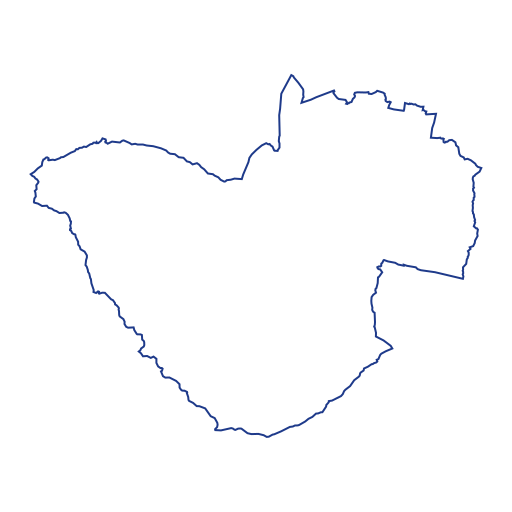 Buda, Buzau, Romania (Natural Earth projection)
{"feature_id": "2599482B42882340443121", "entity_name": "Buda", "entity_type": "district", "adm_level": 2, "iso_a3": "ROU", "parent_name": "Romania", "parent_adm1": "Buzau", "projection": "natural_earth1", "projection_center": [26.899, 45.501], "detail": "fine", "context": "isolated", "style": "outline", "palette": "blue", "viewbox_px": 512, "rotation_deg": 0, "n_neighbors": 0, "source": "geoboundaries", "source_scale": "gbopen_adm2", "svg_char_len": 5992}
<svg xmlns="http://www.w3.org/2000/svg" viewBox="0 0 512 512"><path d="M266.7,436.9L268.8,436.7L272.6,434.6L274.2,434.3L281.0,431.4L289.9,426.9L292.9,426.5L294.9,425.5L297.8,425.4L299.1,425.0L305.2,421.5L308.5,418.8L312.4,416.9L316.0,413.6L318.2,413.4L320.8,412.3L322.4,412.2L326.1,406.6L326.3,405.0L328.7,402.3L328.8,401.1L332.0,400.6L341.0,396.1L342.8,394.1L344.1,391.1L345.4,389.7L350.1,386.1L354.2,380.2L358.8,376.7L359.7,375.6L360.1,373.4L360.6,372.6L363.6,370.5L364.0,368.5L367.9,366.7L371.6,364.2L372.7,364.1L374.1,363.1L376.2,362.5L377.3,361.5L376.7,359.8L378.4,359.1L380.2,354.9L381.3,353.7L385.7,351.3L392.3,348.5L390.7,345.8L383.5,340.4L375.9,336.5L376.0,332.8L374.6,326.8L374.2,326.6L374.8,324.9L375.0,322.2L374.6,312.7L373.4,312.0L372.6,310.8L372.2,309.8L372.4,307.6L371.5,303.7L371.3,300.9L371.6,297.1L373.2,294.8L376.0,292.7L375.3,290.4L375.6,288.8L376.4,288.1L377.7,283.1L378.0,277.4L379.0,276.8L382.2,272.3L380.2,269.4L378.5,269.1L377.7,268.3L377.3,267.2L378.9,266.4L380.3,266.5L381.2,265.9L381.3,263.6L382.3,262.8L383.5,260.3L384.0,260.0L387.9,261.4L395.2,262.8L398.3,264.6L400.0,264.9L403.7,265.7L403.7,264.7L406.9,265.8L415.8,267.3L417.6,269.1L420.8,270.2L435.0,272.2L462.9,278.8L463.4,276.4L462.7,274.3L463.2,273.3L463.1,271.6L462.7,270.8L463.1,269.8L463.0,267.3L466.2,263.9L466.8,259.4L467.8,257.8L467.7,256.8L468.5,255.6L468.7,254.5L468.7,252.6L467.9,251.1L470.5,248.9L469.7,247.3L473.2,246.1L474.7,243.1L475.1,240.5L477.6,236.0L477.2,233.5L477.9,229.6L476.9,228.3L476.2,228.4L473.8,226.3L475.2,222.3L474.5,221.0L475.1,220.0L474.1,217.2L473.8,214.4L473.0,213.4L473.0,212.1L472.5,211.0L472.9,207.9L472.7,205.1L473.1,203.4L472.5,201.8L473.1,200.5L473.7,200.0L473.7,197.7L474.5,196.9L474.5,196.3L474.3,194.3L474.5,193.2L473.1,190.6L473.1,188.5L474.0,187.7L473.4,186.5L473.7,182.8L472.7,179.2L472.9,177.4L473.5,176.3L474.6,175.8L475.3,174.7L479.6,171.6L481.3,168.0L477.7,166.8L476.0,165.1L475.3,163.7L470.9,160.3L467.6,158.8L464.7,159.4L463.7,157.4L460.5,155.9L459.3,153.8L458.3,147.2L456.1,145.4L455.4,142.3L451.9,139.9L449.2,140.2L447.5,141.7L445.8,141.8L445.6,142.3L444.4,142.6L443.6,142.0L443.4,139.6L443.8,138.9L442.9,138.4L441.5,138.6L440.5,138.2L440.3,137.7L437.3,138.1L430.9,137.7L432.2,128.0L434.1,122.6L436.0,113.8L426.2,114.4L425.7,113.5L426.3,111.5L425.0,111.2L423.4,109.9L422.7,110.1L423.4,106.7L420.7,106.8L417.0,105.6L415.4,104.3L413.6,104.5L411.5,103.7L410.4,104.0L409.8,103.5L408.9,104.2L405.0,103.0L404.1,109.7L403.7,110.8L393.8,109.4L388.3,107.9L389.2,105.0L390.7,102.2L389.6,101.6L387.4,102.1L385.7,101.0L385.4,99.7L385.9,99.1L385.7,97.2L384.6,94.7L384.7,93.7L383.1,92.6L377.2,90.8L375.8,92.1L371.6,94.0L368.8,93.7L368.4,92.1L365.9,92.5L357.4,92.3L354.9,92.8L354.2,94.4L355.0,95.9L354.9,96.5L354.4,97.5L352.9,98.8L351.5,102.0L349.3,102.6L348.9,103.2L348.2,103.2L347.3,104.0L346.2,103.7L346.8,102.8L346.8,101.9L345.5,99.9L338.7,99.0L337.0,97.7L333.5,93.2L333.4,92.4L334.4,91.4L334.0,90.5L316.3,97.2L310.9,99.7L301.5,102.8L302.9,98.0L303.6,97.1L303.2,94.8L303.4,91.4L303.1,89.3L298.4,82.8L293.9,77.5L293.3,76.2L291.3,75.1L281.3,93.7L280.1,108.8L279.2,115.1L279.7,135.6L279.2,136.7L278.8,141.1L279.5,143.5L279.5,147.6L277.9,149.9L277.6,150.9L274.5,150.7L274.1,150.3L272.5,146.6L270.7,145.4L269.6,144.0L268.3,144.3L266.2,143.2L261.8,145.4L256.4,149.9L251.8,154.4L249.4,157.9L248.4,162.2L243.2,174.5L241.8,179.1L234.5,178.6L230.8,179.7L226.7,180.2L225.4,181.4L224.2,181.6L220.6,179.8L218.3,177.3L214.6,175.6L212.9,174.2L207.9,173.5L204.2,169.3L201.1,167.1L199.3,164.8L197.0,163.2L192.6,164.4L189.8,162.1L186.9,161.4L183.5,157.8L178.7,157.2L174.9,154.2L170.1,153.7L168.1,152.5L166.2,150.5L161.0,148.3L153.2,146.2L146.7,145.5L142.8,144.5L137.5,144.5L135.2,143.8L131.7,144.4L129.6,143.0L123.7,140.4L122.3,140.7L119.9,142.5L112.0,141.6L107.7,143.7L106.6,142.8L105.5,142.5L105.2,141.8L106.0,140.8L105.6,139.4L102.5,138.4L101.0,140.9L98.3,143.1L97.0,143.1L96.6,142.1L95.9,143.0L95.3,142.6L93.4,142.7L92.5,143.8L90.3,144.3L86.2,147.0L83.9,146.6L82.0,147.7L79.4,147.9L77.8,149.3L76.3,149.1L74.8,151.1L70.8,152.7L63.4,157.0L60.9,157.3L60.0,158.1L54.8,160.1L52.8,159.7L48.7,160.3L48.2,160.0L48.6,158.3L47.3,157.4L46.2,157.5L44.2,159.3L43.4,159.5L42.3,162.1L41.8,165.6L37.8,168.4L34.3,171.9L30.7,174.2L32.3,175.9L34.2,176.8L35.5,178.6L37.0,179.4L38.5,181.6L38.3,182.6L36.3,185.2L36.6,189.2L34.8,191.0L35.4,192.6L35.8,196.5L34.4,198.5L33.9,202.0L34.2,202.6L38.0,203.6L42.1,206.0L46.9,205.7L48.7,207.9L51.9,208.7L54.1,210.4L56.4,211.1L59.4,213.0L63.6,212.7L64.1,212.3L65.7,212.8L67.9,214.8L69.7,218.4L70.2,220.9L71.0,221.4L70.8,223.8L70.2,225.6L70.9,228.6L70.0,229.2L70.0,230.1L71.2,230.9L72.2,233.1L74.0,234.2L75.0,234.3L75.4,234.8L75.8,237.2L78.1,241.7L78.2,244.7L79.6,246.3L80.6,249.3L84.6,251.6L86.9,255.4L86.9,257.5L86.1,260.0L85.5,265.1L86.7,266.6L87.8,269.9L88.1,272.0L89.2,273.5L90.3,278.2L90.9,279.1L91.4,283.3L93.7,290.0L93.5,292.0L96.1,293.0L98.0,291.4L98.6,291.5L99.1,291.8L98.8,293.3L99.2,293.7L102.2,292.7L104.9,292.8L111.1,299.3L113.0,300.2L115.0,303.1L115.1,304.4L116.6,305.3L118.5,307.4L118.9,308.2L118.6,309.6L119.0,311.0L119.2,315.1L119.7,316.4L123.4,319.1L124.6,321.7L124.5,324.0L126.2,326.8L128.1,327.7L133.6,327.4L134.3,330.1L136.7,333.9L137.2,334.3L140.6,334.4L141.9,335.0L142.2,339.6L143.8,341.0L144.2,342.2L144.3,345.0L143.8,346.5L141.1,348.5L140.3,350.3L138.8,351.5L140.9,353.2L143.0,356.3L147.1,356.0L150.8,357.9L153.5,356.6L156.4,358.8L156.4,362.9L158.1,366.4L160.5,368.1L161.8,368.0L162.6,368.7L162.0,370.8L161.0,371.4L163.0,376.2L165.3,377.6L169.4,377.5L176.1,380.9L179.5,384.2L179.6,387.6L181.0,389.7L182.2,390.6L184.5,390.7L187.0,391.9L187.2,392.6L186.9,393.2L188.2,397.0L188.5,399.9L189.1,400.9L193.1,402.9L196.7,406.1L199.4,406.2L205.2,408.4L210.7,416.2L214.7,418.1L217.3,422.8L217.6,424.8L217.1,427.1L215.1,429.2L215.3,430.1L221.0,430.4L231.2,428.1L232.8,428.5L234.5,429.7L235.4,429.9L238.2,428.6L240.7,428.5L241.5,428.7L247.5,433.2L251.4,434.1L258.4,433.9L263.7,435.2L266.7,436.9Z" fill="none" stroke="#1e3a8a" stroke-width="2"/></svg>